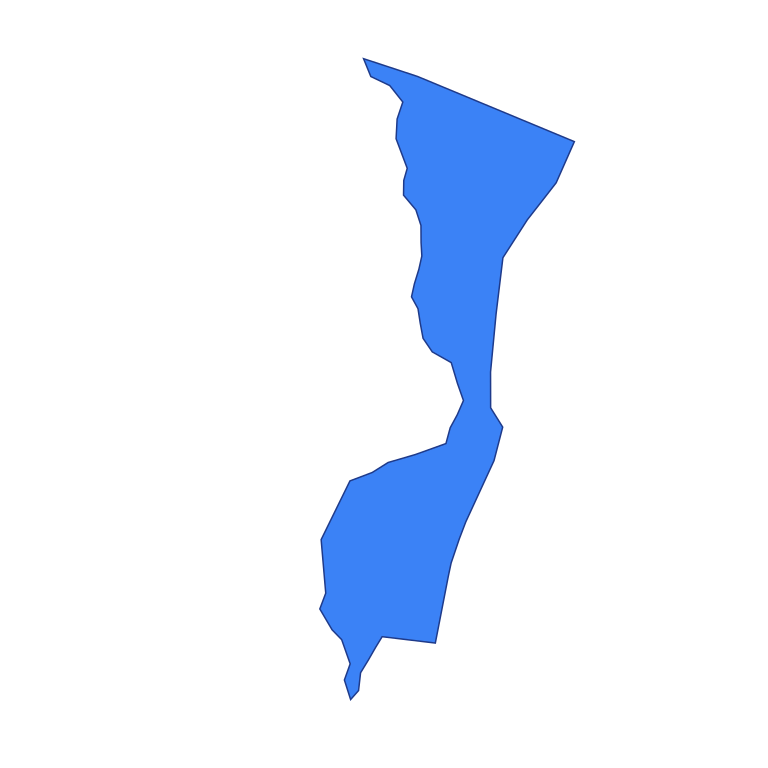 the district of Mathare, Nairobi, Kenya, rotated 295°
{"feature_id": "3690345B9508025131966", "entity_name": "Mathare", "entity_type": "district", "adm_level": 2, "iso_a3": "KEN", "parent_name": "Kenya", "parent_adm1": "Nairobi", "projection": "natural_earth1", "projection_center": [36.859, -1.256], "detail": "fine", "context": "isolated", "style": "filled", "palette": "blue", "viewbox_px": 768, "rotation_deg": 295, "n_neighbors": 0, "source": "geoboundaries", "source_scale": "gbopen_adm2", "svg_char_len": 888}
<svg xmlns="http://www.w3.org/2000/svg" viewBox="0 0 768 768"><g transform="rotate(295 384 384)"><path d="M670.2,228.0L657.1,242.1L656.9,263.1L647.5,281.9L629.7,283.9L611.4,291.3L589.3,313.9L576.8,315.9L563.4,321.9L555.3,339.3L543.3,350.5L527.9,357.8L516.0,364.2L502.8,367.1L487.7,369.2L474.6,372.1L466.6,383.0L454.5,391.1L441.9,400.1L433.5,414.2L431.8,435.9L415.6,450.3L402.6,463.0L387.0,463.4L372.3,462.5L356.2,465.3L333.3,442.2L314.6,420.9L298.8,410.7L281.8,394.1L216.4,392.8L169.8,419.6L153.0,420.9L139.3,440.8L134.4,453.7L116.1,471.6L99.0,473.2L83.9,487.1L95.4,490.5L112.4,484.8L127.5,486.5L141.7,487.7L154.2,489.1L170.9,540.0L237.1,523.5L250.1,520.5L275.5,517.7L293.5,516.4L361.0,516.1L395.1,509.8L407.5,490.7L439.9,475.5L495.1,455.9L548.7,438.4L593.4,444.5L614.6,449.4L639.1,455.0L684.1,454.1L676.9,284.4L670.2,228.0Z" fill="#3b82f6" stroke="#1e3a8a" stroke-width="1.5"/></g></svg>